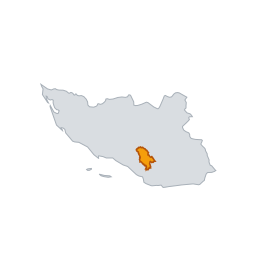 Yoro, Yoro, Honduras (highlighted), rotated 212°
{"feature_id": "27666195B27527118551469", "entity_name": "Yoro", "entity_type": "district", "adm_level": 2, "iso_a3": "HND", "parent_name": "Honduras", "parent_adm1": "Yoro", "projection": "orthographic", "projection_center": [-87.286, 15.28], "detail": "fine", "context": "in_parent", "style": "filled", "palette": "amber", "viewbox_px": 256, "rotation_deg": 212, "n_neighbors": 0, "source": "geoboundaries", "source_scale": "gbopen_adm2", "svg_char_len": 5543}
<svg xmlns="http://www.w3.org/2000/svg" viewBox="0 0 256 256"><g transform="rotate(212 128 128)"><path d="M225.0,118.9L217.0,118.5L213.2,119.6L211.6,121.9L210.2,122.9L209.0,122.7L206.6,123.6L203.0,125.7L199.7,126.5L196.8,126.1L195.9,126.6L195.7,127.2L195.3,127.9L194.2,128.2L192.9,128.1L191.4,127.4L190.6,127.7L190.6,129.0L189.8,129.4L188.3,128.8L186.6,129.3L184.7,130.8L182.1,131.2L178.7,130.3L176.1,128.7L174.2,126.2L171.9,125.6L168.1,127.5L166.4,129.7L166.1,131.0L166.5,132.2L165.8,133.0L164.0,133.4L162.6,134.9L161.7,137.5L161.5,139.4L162.1,140.8L161.2,141.8L158.8,142.5L156.0,144.7L152.8,148.5L149.6,151.1L146.4,152.6L144.9,154.3L145.0,156.1L144.8,156.6L144.2,156.9L143.2,157.1L137.0,153.2L135.2,150.5L133.6,150.9L131.7,152.3L129.0,155.4L126.1,159.6L124.6,160.1L117.3,159.5L113.4,159.9L112.6,160.4L112.3,162.0L112.5,164.0L113.6,171.4L114.2,174.4L113.6,175.4L111.6,175.5L109.1,176.0L107.6,177.4L107.3,178.8L107.2,180.8L106.4,182.9L104.8,184.3L103.2,184.9L94.4,185.3L94.6,181.9L92.1,180.5L90.6,177.6L89.4,175.7L89.8,174.5L89.7,173.2L86.1,172.1L82.8,172.9L80.8,172.4L79.4,171.7L81.9,170.0L82.0,169.0L81.2,168.2L80.4,167.7L80.7,165.8L81.2,163.6L82.6,158.3L82.1,157.4L79.8,155.8L77.0,155.6L73.9,156.1L72.4,155.3L71.1,153.5L68.9,152.6L64.9,154.0L60.8,156.2L59.5,157.0L58.4,156.9L58.0,155.2L57.8,153.3L57.5,152.8L55.3,152.1L52.7,151.6L51.4,151.1L50.2,149.8L47.1,148.0L46.4,146.8L42.3,143.9L41.5,142.4L40.5,141.4L38.5,140.0L37.0,140.3L31.8,138.6L31.0,138.5L31.7,137.0L33.4,134.8L37.0,132.3L37.3,130.3L36.4,126.5L35.5,123.9L36.0,122.8L37.2,118.3L38.0,117.3L43.2,115.1L43.7,114.7L47.8,111.6L52.4,108.1L57.1,104.2L62.4,99.9L65.3,97.3L66.7,96.2L69.7,97.1L72.1,95.1L73.5,94.4L76.7,91.9L77.7,91.4L83.1,90.4L85.7,90.4L88.0,92.9L89.8,94.3L93.2,93.1L96.1,92.9L107.9,95.2L112.5,94.1L121.1,93.9L125.0,94.5L130.5,91.1L134.0,90.5L138.1,88.9L137.5,87.3L136.5,86.6L142.8,87.3L152.2,90.5L162.1,89.8L165.7,88.0L168.0,87.5L178.2,90.8L180.9,93.4L183.0,93.6L184.7,93.0L185.1,92.4L183.1,91.9L182.2,91.1L190.2,92.6L205.5,104.9L205.9,105.9L199.3,102.3L195.9,102.6L195.0,103.2L195.3,105.2L195.6,106.2L197.1,106.3L198.1,105.7L200.8,106.3L202.6,107.6L204.8,109.6L206.1,111.9L207.5,111.9L208.8,110.5L211.4,110.3L213.1,111.8L214.3,111.7L212.6,109.4L208.7,107.1L209.6,107.0L218.3,111.0L220.8,116.2L222.9,117.3L225.0,118.9ZM123.0,75.2L118.0,77.8L116.4,77.7L118.7,75.7L122.4,74.1L125.5,73.2L128.0,73.6L123.0,75.2ZM140.0,72.4L137.6,74.3L137.2,73.5L138.3,71.7L139.7,70.7L141.1,70.8L140.8,71.6L140.0,72.4Z" fill="#d9dde1" stroke="#a8b0b8" stroke-width="1"/><path d="M96.2,105.4L95.9,105.3L95.6,105.4L95.2,105.6L95.1,105.4L94.9,105.3L94.9,105.2L94.6,105.2L94.3,105.1L94.2,105.1L93.7,105.5L93.4,105.6L93.2,105.7L92.9,105.5L92.9,105.4L92.8,105.5L92.7,105.4L92.8,105.4L92.7,105.3L92.5,105.2L92.5,105.3L92.4,105.3L92.4,105.2L92.5,105.2L92.4,105.1L92.2,105.1L91.9,105.0L91.9,104.9L91.8,104.7L91.7,104.6L91.7,104.4L91.4,104.3L91.3,104.2L91.5,104.0L91.4,103.9L91.2,103.8L91.2,103.7L91.3,103.6L91.2,103.4L91.4,103.3L91.4,103.2L91.4,102.9L91.4,102.7L91.2,102.8L91.0,102.7L90.9,102.6L90.8,102.4L90.7,102.3L90.6,102.2L90.6,102.3L90.4,102.3L90.2,102.4L90.1,102.5L89.9,102.6L89.7,102.8L89.6,103.0L89.4,103.0L89.2,103.1L88.9,103.2L88.9,103.3L89.0,103.3L88.9,103.5L88.9,103.9L89.0,103.9L89.0,104.0L89.1,104.3L89.1,104.5L89.1,104.8L89.1,105.0L88.7,105.3L88.4,105.4L88.3,105.5L88.2,105.6L88.3,105.6L88.2,105.6L88.4,105.7L88.3,105.8L88.5,106.0L88.4,106.1L88.3,106.3L88.1,106.6L88.0,106.9L88.1,107.0L88.3,107.2L88.5,107.1L88.8,107.3L89.1,107.6L89.3,108.3L89.5,108.4L89.7,108.5L89.8,108.5L90.1,108.6L90.3,108.8L90.5,108.9L90.7,109.1L90.8,109.2L91.5,111.3L91.4,111.5L89.6,111.3L89.5,111.6L89.4,111.6L89.2,111.8L88.9,112.0L89.0,112.1L88.8,112.2L88.7,112.2L88.7,112.3L88.4,112.4L88.5,112.4L88.4,112.5L88.5,112.9L88.5,113.0L88.4,113.1L88.4,113.3L88.3,113.5L87.9,113.7L87.7,114.0L87.4,114.2L87.9,114.4L88.5,114.4L88.9,114.8L89.1,114.8L89.6,114.9L90.1,115.4L90.7,115.4L91.0,115.8L91.3,115.8L91.7,115.8L91.8,115.9L91.9,116.1L92.5,116.2L92.6,116.3L92.7,116.2L92.8,116.2L92.8,115.8L92.9,115.6L93.0,115.6L93.2,115.4L93.3,115.3L93.5,115.2L94.9,115.5L95.6,116.0L95.7,115.9L96.0,115.9L96.3,116.1L96.5,116.1L96.8,116.0L96.9,115.9L97.6,117.2L97.6,118.0L99.1,118.4L99.1,118.5L99.3,118.6L99.7,118.7L99.9,118.8L100.0,118.9L100.1,119.0L100.3,119.0L100.7,119.0L100.8,118.9L101.0,119.0L101.3,118.9L101.5,118.9L101.8,118.9L102.1,119.2L102.3,119.2L102.4,119.3L102.6,119.4L103.0,119.2L103.3,119.1L103.5,119.2L103.9,119.1L104.1,119.1L104.9,119.3L105.0,119.3L105.3,119.4L105.6,118.8L105.8,118.6L106.0,118.5L106.1,118.4L106.3,118.4L106.5,118.4L106.8,118.6L107.0,118.5L107.3,118.6L107.4,118.4L107.5,118.2L107.4,118.0L107.5,117.8L107.6,117.7L107.8,117.7L108.0,117.6L108.2,117.3L108.3,117.3L108.5,117.4L108.7,117.2L108.6,116.9L108.6,116.6L108.8,116.4L108.7,116.3L108.7,116.2L108.8,116.0L108.8,115.9L109.1,115.7L109.2,115.4L109.3,115.3L109.3,115.2L109.1,115.2L109.3,114.8L109.3,114.7L109.4,114.4L109.5,114.4L109.5,114.2L109.4,113.9L109.1,114.0L108.0,113.0L106.6,113.2L106.4,112.9L106.2,112.6L106.1,112.4L105.9,112.4L105.7,112.3L105.5,112.1L105.4,112.1L105.4,111.9L105.1,111.6L103.5,110.7L102.9,110.2L102.7,110.2L102.4,109.9L102.4,109.7L102.2,109.7L102.0,109.4L101.9,109.3L101.9,109.2L102.0,109.1L102.3,109.0L102.3,108.9L102.2,108.9L101.9,108.8L101.7,108.6L101.6,107.7L101.6,107.4L100.6,106.6L99.8,105.5L99.7,105.6L99.6,106.0L99.4,106.3L99.2,106.3L99.1,106.2L98.7,106.2L98.3,106.2L97.3,105.7L97.2,105.7L96.9,105.8L96.8,105.7L96.6,105.7L96.4,105.7L96.3,105.4L96.2,105.4Z" fill="#f59e0b" stroke="#b45309" stroke-width="1.5"/></g></svg>